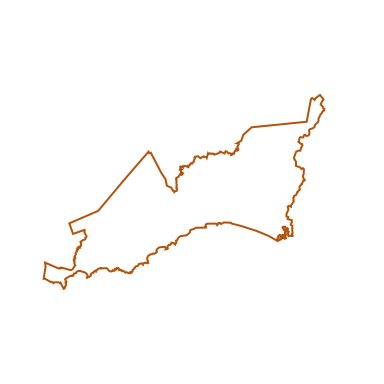 the district of ÅpÅtiki District, Bay of Plenty, New Zealand, rotated 202°
{"feature_id": "76426892B67902923412925", "entity_name": "ÅpÅtiki District", "entity_type": "district", "adm_level": 2, "iso_a3": "NZL", "parent_name": "New Zealand", "parent_adm1": "Bay of Plenty", "projection": "orthographic", "projection_center": [177.566, -38.035], "detail": "fine", "context": "isolated", "style": "outline", "palette": "amber", "viewbox_px": 384, "rotation_deg": 202, "n_neighbors": 0, "source": "geoboundaries", "source_scale": "gbopen_adm2", "svg_char_len": 5912}
<svg xmlns="http://www.w3.org/2000/svg" viewBox="0 0 384 384"><g transform="rotate(202 192 192)"><path d="M104.7,327.1L109.7,329.9L112.3,325.8L112.8,323.3L115.4,324.2L115.9,324.0L116.5,322.7L112.0,300.1L161.0,274.3L165.9,264.0L165.5,258.0L168.4,254.2L167.2,254.6L166.7,254.3L166.4,253.5L167.0,251.2L164.9,248.4L165.4,247.6L167.1,248.4L167.2,247.3L166.8,246.7L167.5,246.3L167.5,244.0L167.8,244.3L167.9,243.7L167.6,243.5L167.8,243.1L168.5,243.0L168.5,242.4L169.3,242.3L169.1,241.1L169.6,240.9L170.2,242.0L171.5,242.2L172.7,241.4L174.7,242.5L176.1,242.4L176.2,239.9L182.0,240.0L181.3,239.6L181.1,238.7L184.8,235.3L185.5,235.5L186.0,235.0L187.1,235.6L188.5,234.5L190.0,234.6L190.9,233.1L191.6,233.7L191.1,229.4L191.6,229.9L192.6,229.4L194.3,229.4L194.6,228.6L195.5,228.6L196.8,226.5L199.8,227.4L202.3,225.9L202.7,225.0L201.9,224.5L202.1,221.6L201.6,221.1L202.2,219.5L202.7,219.2L202.5,218.5L203.7,218.3L204.1,217.6L203.9,216.9L204.7,215.3L204.6,214.4L205.4,215.0L205.7,214.8L205.5,213.6L208.0,213.7L209.2,212.9L209.3,211.9L209.8,212.4L210.6,212.4L210.8,211.2L211.4,210.8L213.1,211.5L211.2,209.8L211.5,209.1L210.1,209.1L211.1,207.9L209.9,207.5L209.3,205.1L208.4,205.2L208.0,206.1L207.3,206.0L207.9,204.0L209.8,203.7L209.7,202.9L210.6,200.4L211.8,199.4L211.8,198.5L211.1,198.1L211.1,196.9L210.4,196.4L209.9,194.5L208.6,192.6L208.7,191.5L207.9,190.9L208.2,190.3L207.7,189.4L206.8,189.0L206.6,187.4L208.0,186.3L208.3,185.5L208.6,186.2L210.2,186.0L210.5,186.6L212.0,187.3L212.6,188.2L217.7,188.4L221.1,193.7L228.2,198.7L244.8,212.9L245.1,212.3L246.2,211.9L247.4,213.1L259.7,177.1L271.9,139.4L294.0,117.0L286.6,108.6L276.8,117.2L277.3,116.1L276.4,114.0L273.3,111.6L273.0,110.6L273.7,109.4L273.3,108.9L273.4,107.9L275.3,106.3L276.7,104.0L275.7,103.4L275.8,102.5L275.0,101.4L275.2,100.6L274.8,100.3L275.6,99.2L275.2,98.6L276.7,98.5L277.0,97.2L277.8,96.5L276.5,96.8L276.8,96.3L276.4,96.1L276.8,95.8L276.4,95.6L277.0,94.1L276.4,93.7L277.0,92.2L276.8,90.9L276.3,90.5L276.7,87.9L276.4,87.8L276.3,86.5L275.7,86.6L276.3,85.5L275.4,85.0L275.9,84.1L274.5,83.1L274.4,81.7L273.5,81.0L273.3,80.1L272.8,80.1L273.5,77.6L273.5,76.4L273.9,75.4L275.3,74.1L283.8,73.1L284.0,72.7L284.9,72.9L285.7,72.5L285.7,71.7L286.5,71.7L287.0,71.1L301.8,71.5L299.8,68.0L297.0,55.9L295.7,56.5L289.2,55.6L289.0,56.0L287.0,56.1L286.4,55.6L286.1,56.4L284.7,57.2L282.0,58.2L280.5,58.1L280.1,58.8L274.7,54.1L274.3,54.4L274.0,55.4L274.4,56.7L274.0,57.5L274.1,59.1L275.0,60.1L274.7,60.3L275.2,61.0L274.8,61.7L276.0,62.3L276.3,63.3L276.9,63.5L276.6,64.5L273.8,68.2L271.7,69.3L271.8,69.9L270.7,70.1L270.9,72.2L269.0,73.4L269.2,74.4L268.2,76.0L266.2,76.9L260.6,77.3L258.1,76.2L257.5,75.3L257.2,74.1L257.5,73.4L257.2,73.1L256.3,74.6L255.3,75.0L254.5,76.7L255.0,77.7L254.2,79.8L253.1,80.1L252.9,82.0L252.3,82.5L251.4,82.3L251.7,83.2L251.0,83.5L250.8,84.8L249.7,86.1L248.5,86.7L248.4,87.3L248.0,87.4L247.8,87.0L243.0,89.3L242.0,89.3L239.8,88.0L237.9,87.7L236.1,88.9L236.2,89.6L234.6,89.9L234.8,90.5L234.3,90.9L234.8,90.9L234.6,91.8L233.2,92.0L233.4,93.2L231.8,93.9L230.9,93.3L230.7,92.5L229.2,92.6L229.3,92.9L228.8,93.2L227.2,92.5L226.9,93.1L226.1,93.1L223.4,92.3L222.8,93.0L220.0,93.1L218.6,93.7L219.1,94.7L217.7,95.0L217.9,95.7L217.5,96.4L217.9,97.3L217.1,98.5L217.1,99.7L216.5,100.2L216.4,101.8L214.4,103.4L214.2,105.4L212.2,106.8L210.6,106.4L211.1,107.2L209.7,107.8L209.5,108.6L208.0,109.2L206.9,109.0L206.1,109.9L207.0,110.4L206.9,111.5L208.5,113.0L209.0,115.9L207.0,118.9L205.9,119.1L204.9,120.5L203.8,120.6L202.1,122.9L202.2,123.6L203.0,124.2L203.0,125.9L201.7,128.3L197.0,130.9L195.9,130.8L194.9,129.8L195.0,129.0L193.4,130.1L193.3,130.6L194.0,131.0L194.2,132.7L193.6,134.4L192.3,134.9L192.0,137.3L189.0,137.8L188.9,137.4L188.1,137.2L188.3,137.7L187.4,139.1L188.6,141.0L187.8,141.9L187.5,144.7L187.2,145.4L185.5,147.2L180.7,149.9L178.8,153.5L179.3,156.1L176.1,158.7L175.4,160.1L165.8,164.2L165.9,165.1L166.9,165.6L167.0,166.3L166.8,167.4L165.6,168.5L158.2,171.6L157.2,171.5L156.3,170.7L155.6,172.3L155.9,173.0L155.3,173.5L154.1,173.7L153.0,173.2L151.1,175.7L144.3,178.1L143.3,177.6L133.7,178.9L117.4,180.1L104.9,180.0L94.2,178.6L92.1,181.1L92.4,181.3L93.3,179.8L95.0,179.5L95.5,181.0L94.9,181.7L95.5,183.4L95.2,184.2L94.6,185.1L93.6,185.2L93.3,184.3L92.4,184.7L91.9,184.1L93.0,183.4L91.7,183.6L91.0,184.6L91.6,186.2L90.6,186.5L90.0,188.1L90.0,188.7L90.2,188.4L91.1,190.0L90.8,191.1L91.3,191.7L92.9,191.3L93.1,192.0L93.9,192.4L94.0,193.1L94.7,193.0L94.9,193.3L94.6,193.6L94.5,193.2L94.2,193.5L93.7,193.3L93.6,194.0L93.1,193.8L92.5,194.5L89.9,192.9L89.4,192.1L89.1,192.6L89.5,193.3L89.5,194.0L89.3,193.9L88.4,191.4L87.4,191.2L87.7,190.1L85.9,187.2L84.0,188.6L82.8,188.4L82.2,189.2L83.7,190.7L83.3,191.7L85.1,194.7L85.1,195.6L85.5,195.8L86.3,198.4L88.2,198.6L88.4,200.0L88.0,201.4L88.8,202.5L88.9,203.3L93.2,202.8L93.4,204.8L95.2,204.7L95.5,205.1L96.2,207.1L96.0,211.9L97.7,214.1L97.2,215.3L94.7,215.4L95.2,217.2L94.6,218.7L94.2,221.7L94.8,222.0L95.0,223.1L95.9,224.3L95.5,225.8L95.9,226.5L94.3,228.4L94.3,231.8L93.7,232.2L93.7,233.3L92.9,234.6L93.5,235.2L94.2,237.1L94.0,238.6L93.0,240.2L93.5,240.7L93.0,241.8L93.2,243.7L91.8,245.0L92.2,245.7L93.5,246.0L95.3,248.6L95.1,250.2L96.7,255.0L98.1,255.6L99.1,254.3L100.8,255.3L105.4,255.2L106.9,259.0L109.8,261.2L110.4,262.4L110.5,268.4L108.9,270.2L107.0,270.9L107.4,274.0L107.1,276.7L108.0,277.7L109.1,277.5L112.1,278.3L111.8,279.6L112.3,280.7L112.5,282.9L112.2,283.4L109.5,284.2L109.2,285.2L109.4,286.6L109.1,287.2L108.4,287.4L106.8,286.8L105.0,288.3L104.9,290.1L106.6,293.1L106.1,294.5L103.6,296.6L102.8,298.4L103.0,300.5L101.4,304.0L101.5,305.7L102.1,307.0L101.9,311.9L101.3,313.5L101.1,316.2L100.0,317.0L100.5,318.7L101.7,318.8L102.9,320.1L105.4,321.3L105.5,324.1L104.7,327.1ZM90.3,185.4L90.1,184.1L88.4,183.4L87.5,184.4L89.3,186.2L90.3,185.4ZM93.6,181.8L91.9,181.9L91.3,182.5L92.0,182.8L92.0,182.2L93.6,181.8ZM89.2,188.5L89.0,187.2L88.6,187.6L89.2,188.5Z" fill="none" stroke="#b45309" stroke-width="2"/></g></svg>